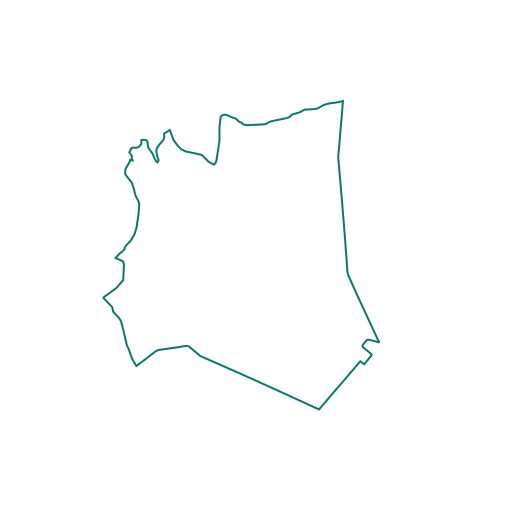 the border of Al-Anbar, rotated 234°
{"feature_id": "IRQ-3471", "entity_name": "Al-Anbar", "entity_type": "Province", "adm_level": 1, "iso_a3": "IRQ", "parent_name": "Iraq", "parent_adm1": "", "projection": "albers", "projection_center": [42.195, 32.855], "detail": "fine", "context": "isolated", "style": "outline", "palette": "teal", "viewbox_px": 512, "rotation_deg": 234, "n_neighbors": 0, "source": "natural_earth", "source_scale": "10m", "svg_char_len": 2870}
<svg xmlns="http://www.w3.org/2000/svg" viewBox="0 0 512 512"><g transform="rotate(234 256 256)"><path d="M166.1,315.1L161.4,314.2L149.7,311.9L138.0,309.6L126.4,307.3L114.7,305.0L114.4,305.1L114.2,305.1L114.0,304.6L121.3,298.7L122.9,296.6L121.8,291.8L121.0,289.6L119.8,288.9L108.5,291.7L107.9,291.3L107.5,290.3L104.9,280.1L104.8,279.9L109.5,278.5L106.0,263.8L103.5,253.4L101.2,243.4L99.4,235.9L97.2,226.8L94.8,216.8L101.4,213.1L108.0,209.4L114.5,205.7L121.1,202.0L127.7,198.3L134.2,194.6L140.7,190.9L147.2,187.2L153.8,183.5L160.3,179.8L166.8,176.0L173.3,172.3L177.5,169.8L179.7,168.5L186.2,164.8L192.7,161.0L199.2,157.2L207.7,152.2L221.9,148.6L223.7,147.5L225.0,145.6L227.1,141.1L237.2,122.0L237.7,120.2L237.9,118.4L237.5,106.2L237.3,94.6L238.5,94.7L245.8,95.4L255.5,98.3L259.3,98.9L275.0,105.5L282.6,108.5L286.3,108.8L294.4,107.7L295.4,107.9L297.4,108.9L299.2,109.6L311.7,107.9L312.1,108.9L312.2,124.2L314.5,134.3L325.8,143.5L328.3,144.9L330.1,145.2L337.0,141.2L338.1,147.1L338.4,151.5L338.9,153.6L340.4,155.7L341.3,159.4L341.9,163.1L345.0,170.5L349.0,175.8L358.4,185.1L366.5,192.0L369.6,193.1L375.8,194.1L383.0,196.9L388.3,198.6L398.1,198.2L399.9,198.7L401.9,200.5L402.9,201.5L404.0,203.5L405.9,208.0L407.2,210.2L407.8,210.8L405.9,212.4L408.0,213.0L410.0,214.4L414.4,214.5L416.2,218.4L416.4,218.3L416.4,218.6L416.5,219.0L415.9,220.4L414.1,222.4L413.5,223.8L413.2,225.1L413.3,226.6L413.6,228.0L414.2,229.2L414.9,229.9L416.5,230.8L417.2,231.6L415.5,234.1L414.4,235.1L413.2,235.5L411.9,235.2L408.1,233.0L406.7,232.6L405.2,232.4L399.7,232.5L394.5,231.2L391.8,230.9L389.8,231.2L390.1,232.6L390.9,233.6L393.8,234.3L399.6,237.1L401.4,238.9L402.9,243.0L404.0,248.2L404.8,250.1L406.4,251.9L409.0,253.6L408.5,260.3L398.3,257.4L391.6,257.5L386.6,258.2L382.0,260.5L371.1,270.4L369.5,271.5L368.9,271.7L367.6,271.9L360.4,273.0L357.7,274.1L354.6,275.8L355.0,277.9L356.4,280.0L370.5,294.0L380.4,301.2L383.3,303.6L389.6,309.5L389.5,310.9L389.3,313.0L388.2,314.3L387.2,315.2L381.7,318.4L380.2,319.6L379.5,320.1L378.5,320.5L374.7,321.2L374.0,321.5L372.3,322.7L371.8,322.8L370.6,322.9L369.6,323.4L368.5,324.2L366.8,326.1L357.7,340.0L356.9,341.5L356.8,343.8L356.5,345.7L355.7,348.3L349.5,362.0L348.9,363.7L348.8,364.9L348.8,365.9L348.9,366.5L349.1,366.9L349.2,368.0L348.9,369.5L346.6,375.7L346.4,376.6L346.1,380.0L345.7,381.5L345.2,382.5L341.9,387.3L339.9,390.9L339.4,391.9L339.2,392.6L338.5,398.8L337.8,401.2L336.0,405.6L332.1,412.9L330.6,416.6L330.2,417.4L329.0,416.3L323.2,411.4L317.5,406.5L311.8,401.5L306.7,397.1L301.6,392.7L296.5,388.3L291.5,383.9L287.5,380.5L282.2,377.3L276.9,374.1L271.7,371.0L266.4,367.8L261.2,364.7L256.0,361.5L250.7,358.4L245.5,355.2L240.3,352.0L235.1,348.8L229.9,345.7L224.7,342.5L219.5,339.3L214.3,336.1L209.2,332.9L204.0,329.7L198.8,326.5L192.8,322.7L189.5,320.7L186.3,319.4L166.1,315.1L166.1,315.1Z" fill="none" stroke="#0f766e" stroke-width="2"/></g></svg>